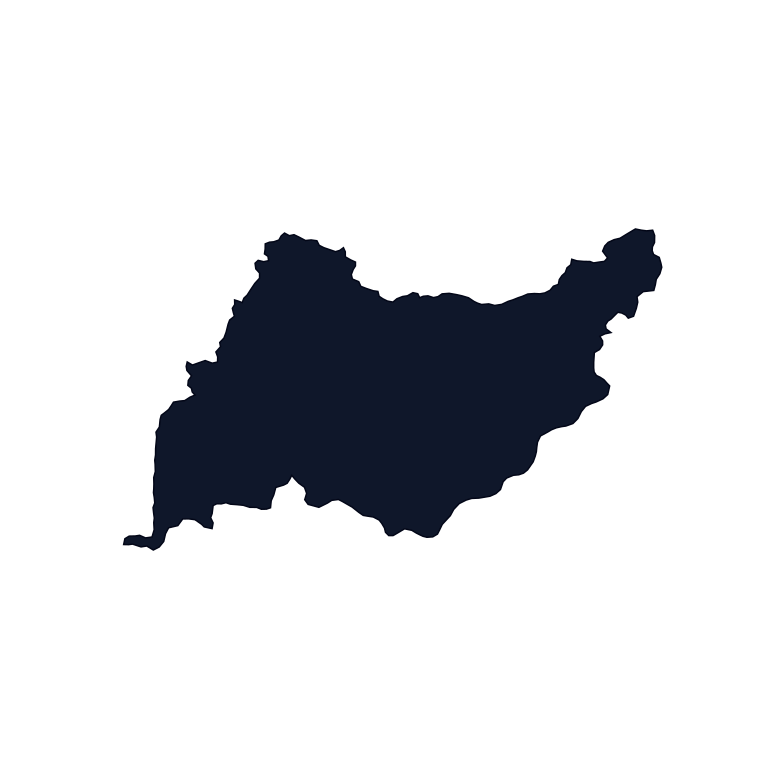 Nova Iguaçu de Goiás, Goiás, Brazil (Mercator projection), rotated 39°
{"feature_id": "56859067B16391493114440", "entity_name": "Nova Iguaçu de Goiás", "entity_type": "district", "adm_level": 2, "iso_a3": "BRA", "parent_name": "Brazil", "parent_adm1": "Goiás", "projection": "mercator", "projection_center": [-49.294, -14.309], "detail": "fine", "context": "isolated", "style": "filled", "palette": "ink", "viewbox_px": 768, "rotation_deg": 39, "n_neighbors": 0, "source": "geoboundaries", "source_scale": "gbopen_adm2", "svg_char_len": 3983}
<svg xmlns="http://www.w3.org/2000/svg" viewBox="0 0 768 768"><g transform="rotate(39 384 384)"><path d="M211.7,329.3L210.9,333.5L211.7,338.3L208.8,342.9L205.8,345.8L203.5,349.8L206.7,353.9L209.2,358.1L213.5,357.8L216.7,360.8L213.5,364.7L208.4,367.1L207.8,371.3L211.9,375.2L217.5,376.1L220.7,380.1L220.3,387.1L220.9,393.7L221.7,401.1L221.1,405.5L222.6,410.0L218.8,411.2L215.0,412.7L218.0,416.2L218.5,420.6L221.7,423.1L225.1,425.5L223.8,431.4L225.2,435.6L228.7,443.1L230.7,449.0L230.2,455.1L233.5,457.9L233.2,464.9L237.7,467.6L240.8,471.7L237.4,475.9L230.3,478.3L226.7,484.1L223.2,489.8L217.2,490.7L219.2,494.8L222.3,497.5L229.3,498.8L229.7,504.4L232.4,508.5L237.0,508.5L240.0,510.9L244.1,511.5L241.5,516.4L239.6,522.3L235.9,525.9L231.8,530.6L232.3,534.6L232.7,539.3L231.6,544.5L230.6,548.5L232.3,552.4L236.5,558.8L237.1,564.9L240.7,568.3L247.2,578.0L251.1,582.9L253.8,587.5L256.7,590.5L261.4,596.0L263.9,601.6L268.1,606.5L271.0,610.3L273.2,613.5L277.0,616.9L280.7,620.7L282.3,625.4L286.0,629.1L289.9,632.8L292.3,636.6L297.1,641.9L300.0,648.9L295.5,653.7L289.3,655.4L286.4,658.6L281.7,662.6L280.0,667.3L282.7,672.6L286.7,669.5L289.3,666.7L293.2,665.2L297.7,663.5L301.6,659.2L309.2,658.2L311.9,652.1L311.9,645.0L308.4,637.8L307.1,631.3L312.9,623.8L312.5,615.5L317.1,611.7L322.5,608.4L330.5,607.8L334.2,608.2L341.4,604.6L338.6,599.5L333.4,597.0L332.0,592.9L327.7,586.0L329.4,582.3L333.0,579.5L335.9,575.7L340.2,574.1L345.8,570.2L351.0,566.8L357.3,564.3L362.7,560.0L367.5,558.5L371.4,555.2L373.7,551.6L369.8,545.7L368.1,539.5L365.0,532.5L369.6,525.7L371.2,522.1L370.7,517.4L369.8,513.0L374.1,513.9L380.2,514.7L387.2,514.3L392.7,517.7L395.2,523.8L400.8,525.3L411.0,520.8L413.3,515.8L415.0,512.1L416.6,507.3L421.3,502.4L425.6,501.5L430.6,500.7L436.7,499.7L445.1,499.6L450.5,499.2L453.9,497.3L459.4,494.1L465.8,492.8L469.9,493.7L475.0,495.6L478.5,498.3L483.1,498.8L486.5,496.0L488.8,489.9L491.1,483.6L497.7,480.2L502.9,479.5L506.6,478.7L510.2,477.8L513.8,476.1L518.1,472.1L520.0,467.0L519.0,462.3L517.6,456.4L518.4,444.6L517.1,437.6L517.7,429.6L520.9,422.5L524.1,417.8L529.7,412.8L537.0,404.5L539.9,398.8L540.9,392.7L538.1,385.0L538.5,379.9L542.0,373.5L545.9,369.7L548.5,365.5L549.6,360.4L548.9,350.6L546.9,344.8L545.0,340.7L542.6,337.1L539.9,332.6L538.3,325.9L541.6,317.9L543.0,314.1L545.5,309.6L548.9,305.3L551.8,302.2L555.7,295.8L556.4,288.8L554.7,281.2L554.7,274.5L557.6,268.5L560.1,264.6L563.5,257.7L564.5,251.4L560.6,243.5L556.5,243.0L552.5,242.3L547.9,242.7L543.7,243.7L539.7,242.4L536.9,239.6L533.2,235.0L527.7,227.2L529.8,221.5L529.3,216.0L526.8,213.0L521.7,211.1L524.1,206.0L528.0,201.2L521.9,201.4L518.9,198.8L518.4,194.2L519.6,190.6L520.1,185.7L520.6,181.1L524.1,179.2L528.5,178.3L532.4,179.1L535.3,174.3L532.5,166.4L529.7,160.7L525.7,156.9L527.3,149.1L534.8,141.5L532.4,136.1L529.7,131.3L529.0,124.7L526.4,118.5L523.1,115.8L518.2,112.4L512.0,113.7L508.5,111.6L506.3,108.5L505.2,103.8L500.9,98.3L496.0,95.4L491.7,99.7L487.2,102.5L481.8,105.3L478.3,114.8L475.7,122.2L472.0,127.0L469.1,132.8L468.7,137.8L470.3,143.2L478.4,145.3L478.1,150.0L474.6,153.7L470.7,158.0L466.9,159.2L462.4,162.8L456.4,166.9L451.4,168.9L454.1,173.8L453.1,178.5L454.8,183.4L454.1,187.8L454.5,192.5L456.8,196.9L454.1,201.4L454.1,206.6L451.7,212.0L448.4,215.8L443.9,219.1L439.1,223.6L436.3,228.9L434.0,232.5L431.1,237.7L428.5,241.6L425.4,248.0L420.6,253.3L415.0,255.8L409.8,260.8L405.8,262.3L402.0,263.2L395.4,263.8L388.9,266.5L384.1,268.9L377.6,272.5L372.4,277.4L371.0,282.1L368.1,285.7L362.7,287.8L359.3,291.1L357.4,294.5L353.4,292.6L349.0,294.8L346.7,300.7L343.4,304.3L340.4,309.6L339.4,314.7L334.4,317.4L329.5,318.5L325.0,318.9L321.0,315.9L317.0,318.3L310.4,320.8L304.5,322.7L300.0,320.4L293.4,322.3L289.7,319.5L288.0,314.4L287.5,310.2L285.1,307.2L280.1,308.5L273.9,309.5L270.7,305.6L266.7,303.6L265.5,308.1L263.0,311.7L258.3,313.4L251.5,315.9L246.4,317.0L241.7,314.9L236.7,317.9L232.7,321.9L225.6,323.3L220.1,324.6L217.1,328.3L211.7,329.3Z" fill="#0f172a" stroke="#020617" stroke-width="1.5"/></g></svg>